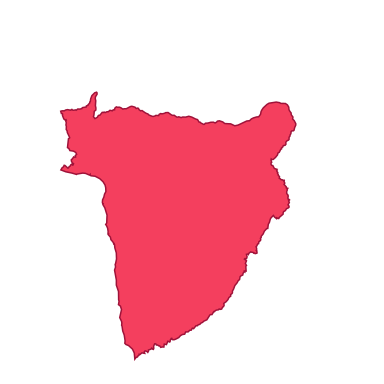 Bantaeng, Sulawesi Selatan, Indonesia, rotated 66°
{"feature_id": "22746128B71175962379658", "entity_name": "Bantaeng", "entity_type": "district", "adm_level": 2, "iso_a3": "IDN", "parent_name": "Indonesia", "parent_adm1": "Sulawesi Selatan", "projection": "albers", "projection_center": [119.991, -5.472], "detail": "fine", "context": "isolated", "style": "filled", "palette": "rose", "viewbox_px": 384, "rotation_deg": 66, "n_neighbors": 0, "source": "geoboundaries", "source_scale": "gbopen_adm2", "svg_char_len": 6033}
<svg xmlns="http://www.w3.org/2000/svg" viewBox="0 0 384 384"><g transform="rotate(66 192 192)"><path d="M168.3,69.6L166.3,70.4L164.6,69.3L161.8,69.9L160.0,69.3L158.1,69.8L156.1,69.9L153.8,69.1L151.2,69.4L149.1,70.7L147.1,75.0L146.1,75.5L144.1,78.5L142.2,85.5L142.5,87.9L144.1,92.6L145.4,94.7L146.5,96.1L148.9,97.8L150.4,100.5L149.7,102.5L149.3,105.8L149.4,108.1L150.3,110.4L149.4,113.1L149.6,122.7L148.9,126.0L145.5,128.9L142.8,134.2L140.5,135.4L138.1,138.0L137.6,140.0L138.2,141.2L138.3,142.8L136.9,144.1L135.9,146.6L135.5,149.4L134.6,151.8L135.2,153.2L135.0,153.8L132.6,155.8L131.5,156.2L131.0,157.1L128.1,157.5L126.8,159.0L123.5,161.7L121.5,164.1L121.0,167.4L119.7,170.0L119.6,171.7L117.9,173.5L117.9,174.4L117.3,175.5L114.6,177.1L114.2,178.4L113.4,179.3L109.7,181.5L108.8,183.7L108.9,185.2L108.4,187.7L107.6,188.6L107.7,190.4L108.6,191.4L107.3,193.9L107.5,194.9L107.2,196.7L106.7,197.5L104.2,200.0L102.8,200.5L101.1,202.2L97.3,204.5L96.9,206.0L95.2,206.9L93.8,206.9L93.2,207.6L93.0,209.0L91.3,209.6L89.2,212.1L88.9,213.5L89.2,218.2L88.3,220.2L88.2,221.4L86.1,222.7L85.0,223.8L84.3,225.6L83.5,226.4L83.7,227.8L84.7,229.0L85.4,229.3L84.9,230.6L85.4,231.8L84.0,233.7L84.6,235.8L84.1,237.0L84.1,239.1L83.2,239.8L83.4,240.6L82.7,241.6L84.4,245.0L84.0,245.9L84.4,247.1L85.2,247.9L85.5,250.8L83.1,251.4L81.8,250.3L78.6,248.5L78.0,246.5L76.1,245.6L73.8,245.1L69.5,242.8L67.4,242.4L65.8,241.5L64.0,238.9L62.6,238.4L62.0,238.6L61.8,240.5L63.2,244.2L65.7,246.7L68.0,248.1L68.2,248.8L69.1,249.3L70.1,251.6L70.5,251.8L70.4,253.5L71.3,254.1L70.4,257.4L70.4,258.0L71.0,258.7L70.6,260.9L69.7,262.6L70.2,264.6L69.6,265.0L69.2,266.8L68.6,267.8L67.7,268.1L67.6,268.7L68.0,269.5L66.1,272.2L65.7,274.2L65.9,275.7L65.0,277.6L64.8,279.1L67.2,279.4L67.4,278.8L68.1,278.5L69.4,279.2L73.1,279.4L74.9,278.5L74.7,277.7L75.3,277.6L76.0,278.5L77.6,278.7L79.5,279.9L81.0,280.1L83.8,281.5L85.1,281.2L87.0,281.7L92.5,281.6L92.9,281.9L93.1,283.2L100.8,287.7L102.2,286.8L104.5,286.7L106.5,283.6L108.6,282.1L110.7,282.1L111.2,283.8L112.7,284.1L112.5,285.0L111.8,285.8L113.0,287.7L113.4,289.1L114.6,289.6L116.8,289.5L117.9,288.7L118.9,289.6L118.8,290.2L117.7,290.5L117.9,291.7L118.8,292.8L118.8,293.8L119.7,295.0L119.7,295.7L116.2,297.2L115.6,297.9L116.7,299.2L117.1,300.9L118.5,302.8L122.2,299.1L125.8,294.1L129.0,290.3L128.8,289.9L130.3,284.1L131.7,281.7L134.8,278.8L134.5,277.9L135.2,278.2L136.1,277.7L138.2,274.1L142.2,270.9L146.4,269.1L150.3,268.6L153.0,269.1L156.6,270.5L158.4,272.8L160.8,274.6L162.8,276.9L165.0,278.1L166.2,278.3L166.6,277.9L167.2,278.5L171.1,278.1L178.5,279.0L185.6,282.5L186.6,284.1L187.7,283.8L190.7,283.8L194.0,284.7L195.9,285.7L196.3,285.3L196.8,285.9L200.0,284.9L202.8,285.5L202.9,286.0L202.9,285.4L203.9,285.0L207.6,284.1L208.0,284.3L207.6,284.6L208.5,284.7L208.1,284.5L208.1,284.2L208.6,284.2L211.6,285.2L216.8,285.9L222.5,288.2L226.4,291.0L226.8,291.6L229.5,292.4L231.8,294.5L241.6,296.9L246.3,299.0L253.0,299.6L260.7,302.9L262.2,303.1L265.0,305.0L267.1,303.8L270.7,304.2L277.3,309.1L281.7,309.0L283.4,309.5L285.1,310.5L286.2,310.5L290.8,311.8L295.1,312.1L299.1,313.2L300.8,313.7L302.9,314.9L304.4,314.4L306.5,312.4L311.3,310.3L315.5,310.2L321.4,312.2L320.4,310.4L320.5,308.9L319.8,308.1L319.7,307.0L318.7,306.3L319.3,305.6L318.6,303.2L320.2,300.8L318.7,300.7L318.1,299.7L318.2,299.2L319.6,297.9L320.5,297.6L319.6,296.4L318.6,296.0L318.9,293.3L318.2,292.4L318.6,291.9L319.7,291.8L320.1,291.3L319.3,290.5L317.3,289.8L315.5,287.9L315.9,286.9L317.3,286.8L317.8,285.7L319.2,284.8L319.4,284.1L321.2,283.8L321.5,282.1L322.2,280.8L319.7,279.2L321.0,277.4L320.0,276.5L319.7,275.8L318.5,275.0L319.0,274.1L319.9,273.6L319.9,273.0L318.2,271.8L317.3,270.4L317.6,269.9L318.5,270.2L319.1,269.7L319.7,268.3L319.8,266.7L319.6,263.3L318.5,260.9L318.3,258.7L318.9,256.5L317.3,254.8L318.2,252.4L317.4,250.3L317.9,248.8L316.6,247.2L316.7,246.7L317.5,246.1L315.8,242.7L316.4,241.3L315.8,240.4L316.1,238.7L315.4,237.1L315.4,235.4L314.8,233.7L314.8,230.4L311.7,225.8L311.5,225.1L312.1,223.6L310.1,220.7L310.5,220.1L310.0,219.4L309.8,217.9L310.4,215.6L309.9,214.8L310.8,213.7L311.0,212.5L309.7,211.0L309.5,209.8L308.5,208.7L306.7,208.3L306.1,205.4L304.9,202.9L303.4,201.2L302.9,199.0L301.4,198.4L301.1,196.9L300.6,196.1L299.0,195.4L297.7,193.6L294.9,190.9L293.4,187.9L291.7,185.7L291.4,184.2L289.0,182.6L288.5,181.3L288.5,179.4L287.0,178.4L286.3,176.9L285.5,176.5L285.7,176.1L286.4,176.0L285.7,175.4L286.2,174.7L282.1,173.2L281.5,172.8L281.3,172.1L279.0,172.3L277.0,170.2L274.6,171.4L274.3,170.7L275.0,169.5L274.7,168.9L273.5,168.0L271.1,167.6L271.4,166.1L272.0,165.9L271.2,165.1L270.6,162.9L272.2,160.6L273.0,160.5L273.2,159.7L274.0,159.4L274.3,157.6L273.3,157.0L272.6,157.1L272.1,156.7L271.4,157.0L271.3,156.6L269.8,155.9L268.0,155.7L267.7,154.8L266.2,153.2L266.3,152.2L264.6,151.1L264.2,149.2L263.3,148.5L262.1,148.3L261.7,147.3L260.6,146.8L259.3,144.1L257.2,141.8L255.8,138.6L256.1,137.6L252.5,135.4L251.2,133.6L248.7,131.6L247.8,130.4L246.5,127.2L248.5,126.8L250.7,125.6L250.0,125.1L251.4,123.9L251.5,123.4L250.8,122.8L249.3,117.8L248.1,117.2L247.2,116.3L247.0,114.3L245.7,112.5L245.7,110.4L245.4,109.6L244.4,109.1L242.8,109.5L241.1,107.3L239.4,107.4L238.9,106.1L238.3,106.3L237.8,107.0L236.3,106.8L235.4,106.0L234.6,106.0L234.1,105.5L231.9,106.1L230.1,105.3L229.1,104.3L228.3,104.0L227.6,103.0L226.6,104.2L225.6,103.8L222.5,104.8L221.6,103.6L219.7,103.7L219.3,103.1L218.7,103.0L218.4,104.0L217.5,104.6L217.1,105.5L215.8,106.0L215.1,106.7L213.5,105.8L211.8,106.4L211.0,106.1L209.7,106.3L209.1,105.7L207.8,106.1L207.1,105.6L206.3,105.8L205.9,105.1L204.0,107.2L200.7,107.4L200.0,108.4L198.8,108.5L197.5,107.9L197.3,107.1L195.1,106.9L194.1,106.2L194.8,105.9L195.3,104.6L194.4,101.7L192.9,98.8L191.4,97.7L191.2,96.1L189.1,93.6L189.0,92.6L188.2,92.4L187.7,90.6L187.0,90.1L186.8,89.5L187.2,88.0L186.5,86.7L184.9,86.2L184.1,85.1L183.8,83.8L183.9,83.0L183.5,82.0L181.4,81.0L181.0,80.0L179.6,79.0L179.0,78.0L177.0,76.8L176.8,75.7L177.3,74.8L177.2,73.8L174.9,72.0L173.1,70.0L171.8,69.4L168.3,69.6Z" fill="#f43f5e" stroke="#9f1239" stroke-width="1.5"/></g></svg>